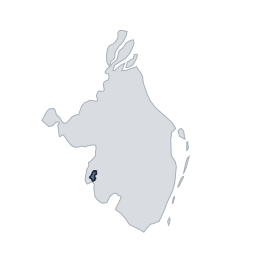 Oost Gelre, Gelderland, Netherlands (highlighted), rotated 117°
{"feature_id": "6326949B14746405768103", "entity_name": "Oost Gelre", "entity_type": "district", "adm_level": 2, "iso_a3": "NLD", "parent_name": "Netherlands", "parent_adm1": "Gelderland", "projection": "equal_earth", "projection_center": [6.593, 52.015], "detail": "fine", "context": "in_parent", "style": "filled", "palette": "slate", "viewbox_px": 256, "rotation_deg": 117, "n_neighbors": 0, "source": "geoboundaries", "source_scale": "gbopen_adm2", "svg_char_len": 4413}
<svg xmlns="http://www.w3.org/2000/svg" viewBox="0 0 256 256"><g transform="rotate(117 128 128)"><path d="M160.2,208.2L155.7,208.0L151.4,207.9L149.1,207.6L146.7,206.8L145.7,205.0L144.3,202.9L144.7,201.6L148.7,197.8L149.3,196.8L148.9,196.3L149.3,194.6L152.4,189.1L152.8,186.9L151.5,185.3L149.5,184.4L143.1,182.8L140.1,180.4L138.7,178.4L137.2,177.9L135.1,178.5L129.8,179.3L125.5,178.2L120.5,174.4L119.3,171.0L118.7,168.4L117.4,167.5L115.7,168.8L113.5,170.9L109.3,171.2L108.0,170.7L107.8,169.5L107.6,168.4L106.5,167.0L105.2,166.2L99.7,170.2L97.7,170.1L95.2,168.6L93.9,167.2L91.1,168.0L88.6,169.8L89.4,173.2L88.1,173.9L85.0,173.6L81.5,172.1L77.6,171.3L71.8,168.9L63.5,170.9L57.8,168.6L53.1,168.3L50.1,166.5L47.0,163.5L49.3,161.4L51.5,160.7L60.2,160.3L66.5,161.6L77.8,168.2L80.7,168.2L83.7,167.3L82.2,165.5L79.4,164.7L75.2,162.9L71.8,160.4L79.8,159.5L78.7,158.2L77.7,156.0L69.5,148.3L70.9,146.2L73.1,141.7L75.8,138.0L77.9,137.0L81.3,134.4L88.9,126.7L93.7,120.4L97.3,113.0L102.7,92.7L104.3,89.2L106.8,85.4L109.9,86.1L112.0,87.2L119.7,84.3L132.8,76.9L136.7,70.4L140.5,67.4L155.5,61.5L163.8,59.8L176.6,59.3L185.8,58.3L196.8,57.9L201.1,61.5L203.5,64.2L207.5,65.6L213.6,66.6L213.2,71.9L213.3,82.2L212.9,84.0L210.1,88.4L207.2,96.3L206.5,101.4L205.6,102.4L193.9,102.4L192.3,103.3L192.0,104.4L192.6,105.7L192.3,107.1L191.4,108.2L191.9,109.9L193.9,111.8L197.6,113.0L201.6,113.1L203.6,112.9L205.1,114.3L206.6,116.5L206.5,119.2L205.9,122.8L204.1,126.2L198.7,130.1L196.3,131.5L194.0,132.2L192.9,133.2L192.4,134.5L192.5,135.7L196.4,138.8L196.3,139.5L195.1,141.1L193.7,142.7L183.7,145.9L179.6,145.6L177.2,147.2L176.5,147.5L173.9,146.0L168.1,144.4L165.9,144.9L164.7,145.9L161.1,147.0L158.4,148.7L158.4,151.0L163.0,156.8L164.6,158.0L164.7,160.2L167.0,162.9L169.2,166.4L169.5,168.6L169.2,170.8L168.0,173.9L164.0,181.3L163.9,182.7L164.3,183.8L165.6,184.1L166.7,184.7L166.4,185.6L158.8,190.8L157.8,191.7L154.7,191.4L154.2,192.3L154.6,193.7L155.8,194.9L158.5,195.5L160.8,196.8L162.7,199.4L160.2,208.2ZM81.5,172.1L80.8,174.3L79.0,176.6L73.1,180.0L66.9,182.2L63.7,182.0L61.5,180.8L60.4,179.6L57.1,178.4L52.6,177.8L49.7,179.1L47.7,180.3L45.9,180.1L44.6,179.1L43.7,177.5L42.4,172.6L45.8,171.7L53.1,171.4L58.8,173.1L66.2,173.9L71.9,171.6L76.4,173.6L81.5,172.1ZM69.5,152.3L73.8,155.3L74.7,156.3L75.0,157.4L69.5,158.6L63.7,154.8L59.8,155.7L58.3,153.9L58.3,152.8L62.4,151.9L69.5,152.3ZM112.0,78.3L107.6,82.2L105.0,81.1L104.2,80.2L105.6,77.1L112.1,72.1L112.0,78.3ZM131.5,61.0L127.4,61.4L125.6,60.6L135.4,58.5L141.7,57.8L142.8,58.1L131.5,61.0ZM158.0,57.0L149.3,57.8L146.4,57.2L145.9,56.5L148.3,56.2L155.7,56.1L157.9,56.6L158.0,57.0ZM121.9,65.2L113.8,69.3L113.1,68.6L118.4,65.1L121.9,65.2ZM193.3,50.2L189.2,50.4L190.4,48.9L194.1,47.8L196.2,47.8L193.3,50.2ZM175.7,54.1L169.6,56.0L168.1,55.6L168.4,55.0L173.8,53.9L175.7,54.1Z" fill="#d9dde1" stroke="#a8b0b8" stroke-width="1"/><path d="M189.1,139.8L189.1,139.7L189.3,139.6L189.4,139.4L189.5,139.4L189.6,139.2L189.8,139.1L189.9,138.9L189.7,138.1L189.7,137.8L189.7,137.7L189.8,137.6L189.8,137.4L189.9,137.2L190.0,137.1L189.9,137.0L189.9,136.9L190.0,136.9L190.1,136.7L190.3,136.6L190.6,136.4L190.7,136.2L190.8,136.2L191.0,136.1L191.1,135.9L191.2,135.7L191.3,135.5L191.3,135.2L191.1,135.2L190.9,135.0L190.7,135.0L190.5,134.9L190.3,134.9L190.2,134.8L190.2,134.7L190.2,134.4L190.0,134.2L189.9,134.2L189.7,134.1L189.4,134.0L189.3,134.3L189.1,134.3L189.0,134.5L188.9,134.5L188.8,134.3L189.0,134.1L188.7,134.1L188.4,134.1L188.1,133.9L187.6,134.1L187.7,134.3L187.6,134.6L187.6,134.8L187.4,134.9L187.3,135.0L187.2,135.0L187.2,135.3L186.9,135.4L187.0,135.4L186.9,135.4L186.9,135.5L186.5,135.7L186.2,135.9L186.1,136.0L185.3,136.1L184.7,136.3L184.5,136.1L184.3,136.0L184.2,135.9L184.0,135.6L183.7,135.3L183.3,135.2L182.9,135.7L182.7,135.6L182.5,135.8L182.4,135.9L182.2,135.9L181.9,136.0L181.5,136.4L181.4,136.5L181.2,136.5L181.3,136.7L181.2,136.8L181.3,136.9L181.2,137.0L181.3,137.1L181.4,137.3L181.2,137.3L181.5,137.7L181.1,137.8L181.2,138.0L181.4,138.1L181.7,138.3L181.8,138.3L181.7,138.6L181.5,138.8L181.7,139.0L181.8,139.0L182.0,139.1L182.4,139.2L182.7,139.3L183.2,139.4L183.6,139.5L184.0,139.5L185.0,139.2L185.4,139.2L185.6,139.1L185.9,139.2L186.0,139.3L186.2,139.2L186.3,139.2L186.7,139.2L186.9,139.3L187.0,139.3L187.0,139.2L187.0,139.3L187.3,139.3L187.9,139.4L188.2,139.5L188.4,139.5L188.6,139.5L188.8,139.6L189.0,139.7L189.0,139.8L189.1,139.8Z" fill="#64748b" stroke="#1e293b" stroke-width="1.5"/></g></svg>